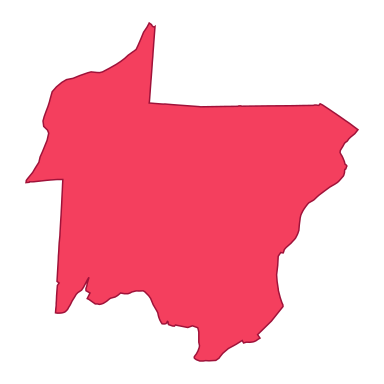 Nicolae Balcescu, Calarasi, Romania
{"feature_id": "2599482B57162776684646", "entity_name": "Nicolae Balcescu", "entity_type": "district", "adm_level": 2, "iso_a3": "ROU", "parent_name": "Romania", "parent_adm1": "Calarasi", "projection": "orthographic", "projection_center": [26.755, 44.444], "detail": "fine", "context": "isolated", "style": "filled", "palette": "rose", "viewbox_px": 384, "rotation_deg": 0, "n_neighbors": 0, "source": "geoboundaries", "source_scale": "gbopen_adm2", "svg_char_len": 4366}
<svg xmlns="http://www.w3.org/2000/svg" viewBox="0 0 384 384"><path d="M260.0,338.1L258.6,336.1L257.6,334.6L271.4,321.1L279.6,310.8L283.0,306.6L282.9,304.9L281.8,302.4L280.2,297.6L278.4,290.7L278.2,288.8L277.1,281.4L276.6,274.8L277.7,265.5L278.2,256.3L280.7,252.5L281.9,252.8L283.2,252.9L283.6,251.9L284.3,249.6L286.1,247.5L288.5,245.4L291.0,243.2L292.6,241.4L294.4,239.5L294.9,238.9L295.6,238.0L297.1,235.1L297.9,233.3L298.1,232.6L298.9,230.3L298.9,230.0L299.3,225.0L299.5,223.3L300.0,219.6L300.1,218.5L300.3,217.4L300.8,215.3L301.4,213.8L301.9,212.8L303.0,210.6L304.0,209.0L305.6,206.7L305.9,206.3L306.8,205.2L307.3,204.4L308.1,203.6L308.7,202.9L313.7,200.0L314.3,199.5L316.7,197.2L317.1,196.8L319.4,194.8L324.6,190.9L329.6,187.2L332.3,185.6L334.6,184.3L337.5,182.4L339.2,180.8L343.3,176.1L343.8,175.1L344.5,172.6L344.6,170.5L344.8,169.8L344.8,169.4L345.6,169.2L346.1,168.1L346.4,167.1L346.9,166.0L345.9,164.7L345.0,164.1L344.6,162.6L344.4,161.6L343.5,159.4L342.9,157.9L342.7,157.5L342.1,156.2L341.6,155.4L340.9,154.3L340.0,152.4L340.4,150.3L341.5,148.5L342.0,147.7L343.1,145.9L344.1,144.0L344.7,143.1L345.5,142.3L346.8,141.5L347.4,140.9L348.7,139.0L349.7,138.0L350.5,137.2L354.8,133.7L358.0,129.7L355.3,127.7L349.3,123.2L344.9,120.2L340.8,117.3L330.4,110.2L325.6,107.0L322.9,105.2L322.4,104.9L321.0,104.2L320.1,103.8L318.8,105.4L317.7,105.3L316.2,105.0L315.1,105.0L314.7,105.0L313.7,105.3L312.7,105.4L303.1,105.5L293.2,105.7L282.6,105.8L268.2,105.9L241.7,106.2L241.0,105.9L238.8,105.9L237.8,106.3L229.7,106.4L229.4,106.4L227.3,106.4L214.4,106.6L208.1,106.7L201.4,106.8L200.4,106.8L199.0,106.6L174.4,104.8L164.8,104.0L163.5,104.1L161.7,104.0L155.4,103.5L149.2,103.0L149.3,102.3L149.5,100.6L150.9,81.3L151.2,77.8L151.6,72.5L152.0,67.0L152.3,62.4L152.8,56.6L153.1,51.5L153.5,46.7L153.7,43.5L154.2,37.2L154.7,30.7L154.8,29.0L154.9,28.4L154.9,27.8L155.0,26.5L154.5,26.9L153.8,26.9L153.1,26.7L152.0,25.7L151.5,24.6L151.1,24.3L149.2,23.0L148.7,24.1L148.1,25.1L147.5,26.3L146.8,27.5L143.6,32.2L140.7,39.3L138.1,45.3L136.1,49.5L132.2,52.3L128.3,55.1L124.7,58.4L120.6,61.5L116.2,64.4L109.5,68.2L102.5,71.9L99.7,72.6L97.1,72.5L91.1,71.9L87.7,72.8L79.7,75.6L73.1,78.3L66.5,79.6L61.8,82.4L56.5,86.8L52.2,91.7L50.4,98.1L49.4,102.0L48.0,106.4L46.0,111.6L44.2,116.6L43.0,121.0L43.7,126.4L47.5,130.1L48.7,133.2L47.1,140.3L42.6,151.4L40.1,157.0L38.9,162.3L35.4,167.8L32.7,172.4L27.8,178.4L26.3,180.4L26.2,181.5L26.0,182.6L29.2,182.3L29.6,181.7L30.5,181.8L32.6,181.8L34.2,181.7L35.0,181.6L36.9,181.4L46.9,180.3L48.2,180.2L50.2,180.0L53.2,179.8L55.6,179.6L57.3,179.5L61.4,179.5L62.8,179.5L62.8,180.4L62.6,183.6L62.3,190.7L62.0,196.5L61.7,203.2L61.3,210.4L61.1,214.7L60.7,220.9L60.4,226.1L60.0,233.2L59.9,235.7L59.2,242.8L59.0,246.1L58.8,250.5L58.6,253.5L58.4,255.9L58.3,259.4L57.8,267.7L57.0,281.4L59.1,283.0L57.4,285.4L57.1,288.8L56.7,294.4L56.6,295.5L56.4,300.6L56.2,303.1L56.2,305.2L56.1,306.3L55.8,308.9L55.5,312.8L55.9,312.9L57.1,313.1L59.4,313.1L61.2,313.0L62.8,312.7L64.1,312.3L65.0,311.9L66.4,310.7L67.3,309.7L67.9,308.9L68.4,307.8L68.9,307.0L70.2,304.9L71.2,302.9L72.1,301.0L74.5,297.2L76.2,294.3L77.0,293.5L77.7,292.7L81.6,290.1L83.5,287.3L85.4,283.7L87.4,279.8L88.9,277.3L88.8,278.1L88.3,279.8L87.3,283.1L86.8,286.0L85.9,288.7L86.0,290.7L90.0,293.0L87.2,298.6L88.9,299.4L95.2,303.9L97.4,303.9L99.4,304.4L101.4,304.0L103.4,303.3L106.6,301.3L109.6,298.8L110.6,298.2L115.1,297.0L117.6,295.5L120.6,293.0L124.3,293.7L128.0,293.7L130.0,293.0L131.8,292.0L136.1,290.9L139.7,291.0L143.2,290.8L144.8,291.8L148.7,295.7L150.6,298.4L153.2,304.7L156.6,310.5L157.8,312.8L158.2,314.9L158.5,316.2L158.9,317.5L159.8,319.9L161.2,322.5L162.1,323.8L163.4,323.9L164.8,323.9L166.0,323.6L166.6,322.9L167.4,321.4L168.0,321.8L168.2,322.6L168.1,323.2L168.1,323.7L168.5,324.0L168.6,324.6L169.1,324.8L172.6,326.0L174.4,326.1L175.5,325.0L176.1,325.1L176.7,325.3L179.8,325.9L187.8,327.5L192.4,325.8L197.7,327.7L198.2,329.3L198.8,332.1L198.8,340.0L198.8,342.2L199.1,343.6L199.5,345.6L199.3,347.3L197.9,351.1L196.2,354.2L195.2,355.4L194.2,357.0L194.3,358.0L195.1,358.8L196.4,359.7L199.8,361.0L203.1,361.0L205.6,360.6L209.0,360.8L215.8,360.4L219.0,358.2L220.1,356.6L222.7,353.4L224.4,351.9L228.4,348.5L236.1,344.3L242.2,340.5L243.6,343.0L246.2,342.2L248.0,342.2L249.4,342.3L250.5,342.2L252.3,342.0L253.8,341.7L255.9,340.8L257.9,339.4L260.0,338.1Z" fill="#f43f5e" stroke="#9f1239" stroke-width="1.5"/></svg>